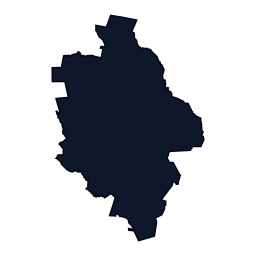 outline of Bachíniva, Chihuahua, Mexico
{"feature_id": "50627088B52742808482976", "entity_name": "Bachíniva", "entity_type": "district", "adm_level": 2, "iso_a3": "MEX", "parent_name": "Mexico", "parent_adm1": "Chihuahua", "projection": "albers", "projection_center": [-107.312, 28.853], "detail": "fine", "context": "isolated", "style": "filled", "palette": "ink", "viewbox_px": 256, "rotation_deg": 0, "n_neighbors": 0, "source": "geoboundaries", "source_scale": "gbopen_adm2", "svg_char_len": 5670}
<svg xmlns="http://www.w3.org/2000/svg" viewBox="0 0 256 256"><path d="M138.6,240.6L154.4,236.1L156.6,221.9L155.3,218.0L161.8,214.7L164.5,209.0L164.5,206.5L164.9,205.0L165.6,205.2L165.8,201.3L161.3,199.8L172.2,185.2L172.4,184.0L172.7,183.2L172.9,182.2L173.4,181.9L174.4,181.9L175.0,182.0L175.8,183.6L176.6,184.3L177.2,184.4L177.9,184.1L178.2,183.8L178.4,181.7L180.2,175.4L180.3,175.2L179.9,175.0L178.7,173.0L173.1,162.5L169.3,162.4L168.6,162.3L168.7,160.8L167.1,158.5L169.3,151.4L190.3,150.3L192.7,146.5L200.8,146.5L203.8,139.7L203.1,136.4L201.5,135.6L203.1,131.9L201.5,131.1L202.0,129.9L201.2,129.6L201.7,128.4L201.5,127.8L201.6,127.7L201.7,127.4L201.3,126.9L201.5,126.5L201.5,125.4L201.6,124.4L201.2,123.3L201.0,122.1L201.1,121.8L201.1,121.3L200.5,120.7L200.4,120.0L200.4,119.7L200.7,119.3L200.8,118.7L200.6,118.0L199.4,118.0L198.1,116.8L196.7,116.7L195.5,115.4L191.9,112.2L192.4,111.7L191.2,110.4L191.1,110.0L191.2,109.4L190.1,108.1L189.7,107.0L189.6,106.8L189.8,106.6L188.5,105.5L188.7,105.1L188.6,104.9L188.8,104.6L188.7,104.4L188.2,103.7L187.8,103.8L187.7,103.5L187.7,103.3L187.6,103.2L187.2,103.4L186.8,103.2L186.5,103.4L185.1,103.4L184.5,102.9L183.2,101.2L180.6,100.0L180.0,99.5L178.8,99.2L178.0,98.7L176.0,98.0L175.4,97.7L174.5,97.7L174.2,97.3L171.9,96.8L171.8,96.4L171.6,93.2L170.7,91.9L169.9,91.5L169.5,91.5L168.0,90.2L168.4,87.9L165.2,87.5L165.2,86.6L165.0,86.3L165.4,85.1L165.1,84.7L165.2,84.2L165.6,83.7L165.7,83.3L165.1,82.6L165.0,82.4L165.3,81.5L165.2,80.5L165.0,80.0L164.8,80.0L164.6,80.0L164.4,80.5L163.6,80.5L163.1,80.3L163.1,79.7L162.7,79.8L162.9,78.6L162.5,76.3L162.6,76.0L162.5,75.1L162.8,73.8L163.2,73.3L163.3,72.8L163.5,72.4L163.6,70.6L164.0,70.1L163.9,69.4L163.3,68.0L162.9,68.3L162.4,68.2L162.2,68.2L162.1,67.9L162.6,67.1L162.6,66.7L162.5,66.3L162.0,65.6L161.6,65.3L161.6,65.1L161.8,65.0L161.6,64.7L161.2,64.8L160.7,64.5L160.5,64.0L160.4,63.6L160.1,63.3L159.9,62.7L160.2,62.6L160.2,62.3L159.9,62.3L159.8,62.1L159.2,61.9L158.5,60.5L158.5,60.4L158.3,60.1L158.2,59.7L157.6,59.3L157.7,58.9L157.5,58.6L157.5,58.2L157.4,57.5L157.1,57.3L157.0,56.8L157.0,56.4L156.7,56.1L156.1,56.2L156.0,55.9L155.9,55.8L155.2,55.8L155.1,55.5L155.1,55.1L155.0,54.9L155.1,54.5L155.0,54.2L154.3,54.4L153.9,54.3L153.9,54.0L153.2,53.0L153.0,52.7L152.7,52.6L152.7,52.3L152.2,52.1L152.1,51.7L151.1,50.8L150.8,49.9L150.6,49.7L150.0,49.4L148.6,49.2L147.8,48.9L147.3,48.5L146.5,48.3L146.0,48.6L145.5,48.6L143.0,48.0L142.3,48.2L141.1,48.2L140.2,47.2L139.3,47.2L139.0,46.6L138.4,46.2L137.4,44.1L136.9,43.2L136.8,41.2L135.7,39.3L134.8,38.8L134.3,36.3L134.4,35.5L134.3,34.2L134.0,32.9L131.7,31.9L136.7,20.1L122.1,17.2L110.7,15.4L106.3,27.3L95.9,25.4L96.0,30.0L95.7,30.3L97.1,32.0L98.1,34.8L99.1,36.3L99.2,37.1L99.8,37.3L101.1,38.2L102.8,40.0L103.1,40.3L103.7,42.0L104.7,43.4L105.0,45.1L104.8,47.2L102.4,46.5L101.0,46.5L100.5,48.1L103.0,48.7L101.2,57.9L93.8,56.2L92.7,55.5L92.4,55.4L87.5,55.6L86.0,56.2L81.0,55.4L79.6,52.3L77.9,51.9L76.9,53.9L73.4,54.3L73.2,55.1L71.8,55.0L71.5,55.6L69.0,55.7L68.5,55.3L68.3,55.3L68.1,55.6L67.7,55.8L66.5,55.6L65.3,55.5L63.7,55.8L61.7,66.2L62.0,67.5L52.2,67.7L52.3,81.6L64.9,81.5L68.4,97.4L56.0,98.5L59.8,111.6L59.3,113.9L59.0,113.8L58.9,113.7L58.8,113.0L56.9,111.3L56.5,111.1L56.2,111.3L56.6,112.2L56.8,113.4L57.2,114.1L57.2,114.4L57.5,114.5L58.0,115.4L57.9,117.3L58.6,117.9L59.2,118.1L59.3,118.3L59.2,118.9L60.1,119.7L60.0,120.7L60.6,122.4L61.6,123.2L62.4,124.0L62.2,124.7L62.4,125.0L62.2,125.4L62.4,125.7L62.3,126.2L63.4,129.0L63.0,129.5L63.3,130.1L63.5,130.1L63.5,130.5L62.6,131.4L62.7,132.0L63.1,133.2L63.1,133.9L63.7,134.4L64.0,134.4L64.6,135.0L65.3,136.5L66.2,137.7L66.5,138.9L66.3,139.7L65.4,139.9L65.0,139.8L64.6,140.0L64.5,140.4L63.8,141.1L63.6,141.6L63.0,141.7L62.7,141.8L62.5,142.2L62.0,142.3L61.1,142.1L60.2,142.7L60.2,143.1L59.5,143.5L59.3,143.9L59.2,144.2L59.6,144.5L60.0,144.5L60.8,145.9L61.3,146.2L61.7,147.1L62.9,148.2L63.2,148.9L63.3,149.3L63.3,150.4L63.4,150.8L63.1,151.9L63.4,152.1L63.6,152.9L63.4,153.1L63.3,154.5L63.1,154.8L62.0,154.7L60.7,155.1L59.6,155.0L58.7,154.8L58.4,154.9L57.9,155.2L57.4,156.0L57.1,157.4L56.7,157.6L56.5,157.9L56.5,158.1L56.2,158.3L57.0,158.5L57.9,159.6L58.3,159.8L58.8,160.0L59.1,160.7L59.6,160.8L60.3,161.3L60.4,161.5L60.5,162.0L61.2,162.2L61.5,162.6L61.3,163.5L61.3,163.9L63.0,165.7L63.6,166.1L64.2,167.0L64.8,167.2L65.4,168.2L65.7,168.3L66.9,169.7L67.2,169.8L67.8,169.9L68.3,170.2L68.7,170.2L68.9,170.3L68.9,170.8L69.1,171.1L70.3,171.2L70.9,171.5L71.0,171.7L72.4,171.9L73.3,171.6L74.0,171.0L75.5,170.9L75.6,170.7L76.0,170.7L77.9,172.0L79.5,171.8L80.1,171.3L80.4,171.4L80.7,171.9L81.2,172.0L81.5,172.3L81.9,173.8L82.5,174.6L83.2,175.0L83.8,175.7L84.1,177.6L84.3,177.8L84.9,177.7L85.6,178.1L85.8,179.8L86.6,180.2L86.9,180.0L87.2,180.2L87.9,181.0L88.1,183.0L87.9,184.9L87.7,185.4L88.1,186.3L88.0,186.9L87.2,187.8L86.7,188.1L86.2,188.6L86.2,189.0L87.3,189.2L87.5,189.5L89.0,190.6L89.7,191.4L90.5,191.6L91.1,192.2L91.1,192.6L91.4,193.3L91.6,193.4L91.9,192.8L92.2,192.9L93.1,194.3L93.4,195.4L93.8,196.0L95.2,196.3L96.1,197.0L96.4,196.9L97.0,196.3L97.7,196.1L99.4,196.7L100.0,196.2L100.3,195.6L100.9,195.5L101.1,195.7L101.4,195.5L101.6,195.9L102.7,196.6L104.0,196.9L104.5,197.2L104.8,197.7L110.9,193.6L115.5,197.4L114.8,198.9L113.2,204.6L109.5,215.6L115.7,215.9L116.0,213.2L116.4,213.6L116.6,213.4L116.8,213.4L118.8,214.9L119.9,216.5L120.8,216.5L121.4,216.3L121.8,216.3L123.3,217.1L125.0,217.3L126.3,218.2L126.7,218.3L127.5,218.8L127.8,219.5L128.5,220.1L128.5,221.0L128.7,221.6L128.9,222.8L129.3,223.2L129.8,224.0L130.7,224.4L130.8,224.7L131.7,225.8L132.2,226.9L133.9,228.2L133.8,228.8L133.2,229.3L128.6,228.5L128.7,230.2L134.1,230.9L138.6,240.6Z" fill="#0f172a" stroke="#020617" stroke-width="1.5"/></svg>